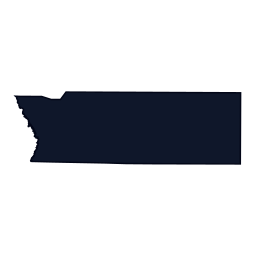 Copo, Santiago del Estero, Argentina (Natural Earth projection)
{"feature_id": "61730980B42398597949751", "entity_name": "Copo", "entity_type": "district", "adm_level": 2, "iso_a3": "ARG", "parent_name": "Argentina", "parent_adm1": "Santiago del Estero", "projection": "natural_earth1", "projection_center": [-63.674, -25.942], "detail": "fine", "context": "isolated", "style": "filled", "palette": "ink", "viewbox_px": 256, "rotation_deg": 0, "n_neighbors": 0, "source": "geoboundaries", "source_scale": "gbopen_adm2", "svg_char_len": 4507}
<svg xmlns="http://www.w3.org/2000/svg" viewBox="0 0 256 256"><path d="M240.3,163.9L240.6,92.8L66.0,92.1L60.5,99.5L51.2,99.5L41.7,96.5L19.8,96.4L15.4,96.2L15.5,96.3L16.1,96.3L16.5,96.4L16.4,97.0L16.5,97.4L16.8,97.5L16.9,97.8L16.7,97.9L16.7,98.4L16.9,98.9L17.0,99.1L17.4,99.7L17.4,99.9L17.9,100.1L18.0,100.2L17.9,101.0L17.7,101.2L17.7,101.4L17.8,101.5L17.5,102.0L17.5,102.5L17.9,103.0L18.1,103.0L18.2,103.3L18.3,103.5L18.5,103.8L19.0,104.2L19.1,104.4L19.2,105.0L18.9,105.7L19.3,106.1L19.4,106.3L19.4,106.5L19.4,107.0L19.5,107.4L19.8,107.6L20.2,107.5L20.1,107.9L20.1,108.1L20.4,108.2L20.5,108.1L20.6,107.9L20.8,107.8L21.2,107.9L21.4,107.8L21.9,107.9L22.2,108.4L22.6,108.4L22.8,108.5L23.0,108.8L23.3,109.2L23.5,109.3L23.6,110.0L23.3,110.3L23.2,110.7L23.0,111.0L22.9,111.5L22.8,111.8L22.7,112.0L22.7,112.3L22.8,112.5L22.7,113.1L22.7,113.3L22.9,113.5L22.9,113.8L23.1,113.9L23.2,114.0L23.3,113.9L23.7,113.8L23.7,114.0L23.6,114.3L23.8,114.4L24.2,114.3L24.3,114.5L24.5,115.2L24.5,115.6L24.6,115.8L24.4,116.2L24.3,116.4L24.6,116.4L25.3,116.2L25.4,116.3L25.7,116.4L25.8,116.5L25.6,117.0L25.2,116.9L25.1,117.1L25.5,117.3L26.0,117.5L25.9,117.7L25.8,117.8L26.2,118.1L26.3,118.0L26.1,117.8L26.1,117.6L26.3,117.5L26.5,117.4L26.6,117.5L26.5,117.9L26.8,118.0L27.1,118.7L27.4,118.8L27.6,119.0L28.0,119.0L27.9,119.3L27.9,119.5L28.1,120.0L28.8,120.4L28.9,120.6L28.8,120.9L29.0,121.0L29.1,121.5L28.5,121.7L28.5,121.8L28.6,122.0L28.9,121.9L29.0,121.8L29.0,122.1L29.1,122.5L29.5,122.8L29.6,123.1L29.5,123.3L29.4,123.3L29.1,122.8L28.9,122.8L28.9,123.0L28.6,123.3L28.6,123.6L28.8,123.7L28.8,123.9L28.8,124.1L28.9,124.3L28.7,125.0L28.4,125.6L28.3,126.1L28.3,126.5L28.7,126.6L28.8,126.4L28.6,126.1L28.8,125.9L28.8,126.0L29.0,126.0L28.9,125.8L28.9,125.6L29.0,125.3L28.9,125.2L29.0,124.8L29.2,124.7L29.5,124.5L29.4,125.1L29.3,125.3L29.5,125.5L29.6,125.3L29.8,125.3L30.1,125.5L30.5,125.2L30.6,124.9L30.9,124.6L31.0,124.7L31.1,124.9L31.0,125.1L31.1,125.4L30.7,125.7L30.6,126.0L30.8,126.0L30.9,125.9L31.1,125.9L31.3,126.0L31.5,126.3L31.4,126.5L31.5,127.0L32.2,126.4L32.3,126.5L32.2,126.8L32.2,127.0L32.3,127.0L32.4,127.3L32.3,127.6L32.3,127.8L32.1,128.2L32.1,128.4L32.2,128.7L32.4,128.8L32.6,128.7L32.4,128.5L32.3,128.4L32.4,128.2L32.5,127.8L32.8,128.0L32.9,127.9L32.7,127.7L32.9,127.5L33.0,127.6L33.1,127.9L32.9,128.7L32.7,129.0L32.9,129.2L33.0,129.1L33.5,129.1L33.7,129.4L33.5,129.5L33.8,129.7L34.0,129.5L34.1,129.9L34.1,130.0L33.8,129.9L33.4,130.2L33.3,130.4L33.3,130.6L33.1,130.8L33.0,131.1L33.3,131.2L33.2,130.9L33.4,130.6L33.7,130.8L33.8,131.0L34.3,131.2L34.5,130.9L34.7,131.0L34.8,131.3L34.9,131.5L34.6,131.3L34.5,131.6L34.1,131.6L34.4,132.1L34.3,132.3L34.6,132.2L34.7,132.3L34.7,132.5L34.8,132.6L35.1,133.1L34.7,133.2L34.7,133.4L34.7,133.6L34.9,134.0L34.9,134.5L35.0,134.7L35.3,134.6L35.1,135.0L35.0,135.3L34.7,135.6L34.4,136.1L34.4,136.3L34.5,136.4L34.8,136.5L35.0,136.5L35.2,136.3L35.2,136.1L35.4,136.0L35.4,136.7L35.3,136.8L35.6,136.9L35.8,137.0L36.1,136.8L36.3,136.9L36.5,137.0L36.4,137.1L36.2,137.0L35.8,137.2L35.8,137.4L36.0,137.9L36.3,137.9L36.2,137.6L36.2,137.4L36.4,137.3L36.6,137.4L36.9,137.3L37.0,137.4L36.9,137.6L37.0,137.8L37.2,137.4L37.5,137.3L37.7,137.2L37.7,137.4L37.6,137.5L37.4,137.6L37.7,137.8L37.9,138.0L38.2,138.4L37.9,138.5L38.0,138.7L38.2,138.8L38.3,139.1L38.6,139.3L38.5,139.5L38.5,139.8L38.4,139.9L38.5,140.0L38.2,140.4L38.1,140.7L38.0,140.8L37.9,141.0L38.1,141.1L38.1,141.4L38.1,141.5L37.8,141.8L37.8,142.0L37.4,142.3L37.4,142.5L37.6,142.8L37.5,143.0L37.3,143.0L37.1,143.0L37.3,143.3L37.6,143.4L38.1,143.4L38.3,143.5L38.2,143.7L38.0,143.8L38.1,144.0L38.1,144.4L38.0,144.5L38.1,144.8L38.1,145.0L37.6,145.0L37.4,145.2L37.0,145.6L37.0,145.9L37.4,145.7L37.5,145.6L37.4,146.1L37.4,146.6L37.4,146.8L37.3,147.0L37.2,147.0L37.1,146.7L36.9,146.7L36.8,146.8L36.7,147.0L36.7,147.4L36.8,147.3L37.1,147.7L37.0,147.8L36.7,147.7L36.5,147.8L36.9,148.0L37.1,148.5L36.9,148.8L36.6,149.5L36.4,149.7L36.0,149.8L35.6,150.3L35.3,151.3L35.2,151.5L35.0,151.4L34.8,151.4L34.8,151.6L34.6,151.7L34.6,151.8L35.2,152.1L35.2,152.3L35.2,152.5L34.7,152.8L34.9,153.3L34.8,153.5L34.2,153.8L34.3,154.0L34.5,154.4L34.5,154.7L34.1,155.0L34.1,155.3L33.7,155.6L33.7,155.9L33.3,156.2L33.2,156.3L33.4,156.5L33.0,156.6L32.8,156.8L32.7,156.9L32.6,157.6L32.6,157.8L31.9,157.7L31.4,158.9L31.3,159.0L31.1,159.4L31.2,160.0L31.4,160.2L31.7,160.4L31.6,160.5L31.3,160.4L31.0,160.5L31.0,160.8L30.8,160.8L30.9,161.2L31.4,161.2L31.4,161.4L52.4,161.9L105.5,162.9L126.0,163.5L154.3,163.7L240.3,163.9Z" fill="#0f172a" stroke="#020617" stroke-width="1.5"/></svg>